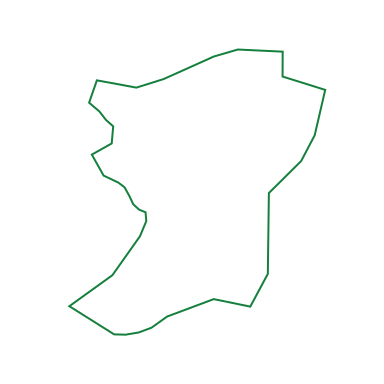 map outline of Domžale (orthographic projection), rotated 189°
{"feature_id": "SVN-205", "entity_name": "Domžale", "entity_type": "Municipality", "adm_level": 1, "iso_a3": "SVN", "parent_name": "Slovenia", "parent_adm1": "", "projection": "orthographic", "projection_center": [14.641, 46.152], "detail": "fine", "context": "isolated", "style": "outline", "palette": "green", "viewbox_px": 384, "rotation_deg": 189, "n_neighbors": 0, "source": "natural_earth", "source_scale": "10m", "svg_char_len": 598}
<svg xmlns="http://www.w3.org/2000/svg" viewBox="0 0 384 384"><g transform="rotate(189 192 192)"><path d="M115.9,203.0L104.3,123.0L116.5,87.9L153.8,89.6L197.1,65.1L210.8,51.6L222.7,44.9L235.3,40.7L246.6,39.2L295.3,60.0L257.6,97.4L236.5,140.1L232.6,156.1L234.7,164.7L241.5,166.3L248.1,170.7L253.5,178.6L259.4,186.1L266.3,189.8L281.9,194.4L296.8,213.3L278.9,227.4L280.1,244.5L288.2,249.7L296.0,257.0L307.6,264.1L303.4,287.4L263.3,286.4L237.7,299.1L191.7,329.2L169.0,339.9L124.4,344.8L120.6,320.2L76.4,313.7L79.7,267.2L89.0,239.7L115.9,203.0Z" fill="none" stroke="#15803d" stroke-width="2"/></g></svg>